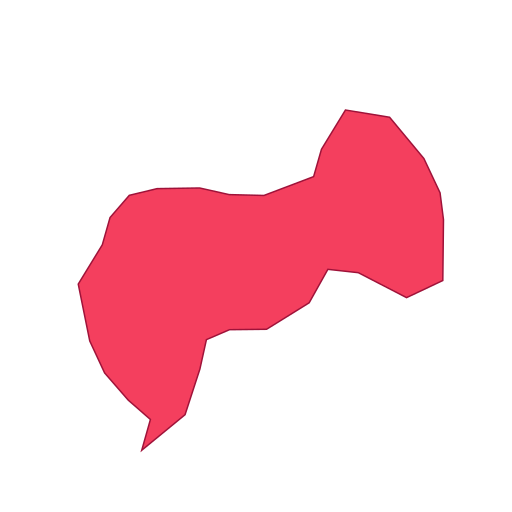 Psimolofou, Nicosia, Cyprus (Mercator projection), rotated 151°
{"feature_id": "46923920B41112983701045", "entity_name": "Psimolofou", "entity_type": "district", "adm_level": 2, "iso_a3": "CYP", "parent_name": "Cyprus", "parent_adm1": "Nicosia", "projection": "mercator", "projection_center": [33.281, 35.058], "detail": "fine", "context": "isolated", "style": "filled", "palette": "rose", "viewbox_px": 512, "rotation_deg": 151, "n_neighbors": 0, "source": "geoboundaries", "source_scale": "gbopen_adm2", "svg_char_len": 539}
<svg xmlns="http://www.w3.org/2000/svg" viewBox="0 0 512 512"><g transform="rotate(151 256 256)"><path d="M425.1,317.6L442.6,262.3L445.1,227.1L437.6,191.8L427.6,164.2L450.1,141.5L395.0,151.6L359.9,184.3L339.9,206.9L314.9,204.4L282.3,186.8L232.2,189.3L199.6,209.5L174.6,191.8L144.5,146.6L104.5,144.0L74.4,196.9L64.4,222.0L61.9,259.8L71.9,312.6L107.0,340.3L147.0,317.6L167.1,297.5L219.7,305.1L249.7,322.7L272.3,342.8L309.9,362.9L337.4,370.5L365.0,360.4L385.0,340.3L425.1,317.6Z" fill="#f43f5e" stroke="#9f1239" stroke-width="1.5"/></g></svg>